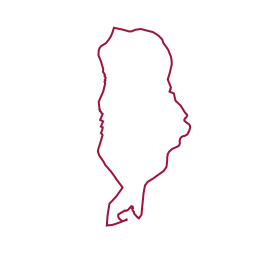 outline of Kotawaringin Timur, Kalimantan Tengah, Indonesia, rotated 23°
{"feature_id": "22746128B94284518008212", "entity_name": "Kotawaringin Timur", "entity_type": "district", "adm_level": 2, "iso_a3": "IDN", "parent_name": "Indonesia", "parent_adm1": "Kalimantan Tengah", "projection": "orthographic", "projection_center": [112.934, -2.23], "detail": "fine", "context": "isolated", "style": "outline", "palette": "rose", "viewbox_px": 256, "rotation_deg": 23, "n_neighbors": 0, "source": "geoboundaries", "source_scale": "gbopen_adm2", "svg_char_len": 4283}
<svg xmlns="http://www.w3.org/2000/svg" viewBox="0 0 256 256"><g transform="rotate(23 128 128)"><path d="M75.9,41.2L76.3,45.3L76.4,46.2L76.4,50.6L75.8,53.5L75.7,54.4L74.5,58.5L71.3,63.1L70.6,65.5L70.8,68.3L72.4,72.6L77.2,77.4L81.3,82.4L82.1,83.4L82.6,84.5L83.0,86.0L84.2,86.8L85.8,87.9L86.1,88.4L86.0,89.3L86.5,89.8L87.3,90.0L87.7,90.3L88.1,92.1L87.9,92.6L88.6,93.1L88.6,93.6L88.2,94.2L88.6,95.0L89.4,95.5L89.6,96.3L90.0,98.4L90.9,103.8L90.9,104.6L90.9,105.6L90.9,107.8L90.8,110.4L90.8,110.5L90.8,112.8L90.8,114.1L90.8,115.3L94.3,121.6L94.4,122.0L94.8,122.0L94.8,122.4L95.5,123.2L95.5,123.4L95.6,123.5L96.3,123.4L97.1,124.0L97.3,124.0L97.6,124.5L99.2,124.9L99.2,131.5L102.5,131.6L102.5,137.3L104.5,137.3L105.1,140.0L105.0,143.2L106.7,143.9L107.4,144.5L107.5,146.2L107.7,147.1L108.1,151.2L108.4,153.5L108.6,155.7L108.8,158.6L109.4,161.2L109.6,161.5L112.2,164.5L114.4,165.9L118.6,168.5L121.4,170.9L124.8,172.5L125.9,173.1L129.0,174.5L133.3,177.1L135.7,178.6L137.9,180.1L138.5,180.4L146.3,184.9L144.1,194.9L143.8,195.9L143.6,196.5L141.6,202.1L141.0,203.6L140.7,204.3L140.5,205.0L142.7,213.9L143.4,216.6L144.6,220.1L146.6,226.0L147.0,225.7L147.5,225.5L147.6,225.4L147.8,225.3L147.9,225.2L148.1,225.1L148.3,225.0L148.6,224.9L148.8,224.8L149.0,224.7L149.5,224.4L150.0,224.2L150.5,223.9L150.8,223.7L151.1,223.5L151.2,223.4L151.6,223.1L151.8,223.0L152.3,222.6L152.9,222.1L153.5,221.6L153.9,221.2L154.1,221.1L154.4,220.8L155.3,220.0L155.8,219.5L155.9,219.4L156.0,219.4L156.1,219.2L156.5,218.8L157.2,218.2L158.0,217.4L158.2,217.2L158.4,217.1L158.5,216.9L159.4,216.1L160.0,215.5L160.5,215.0L161.8,213.9L162.3,213.4L162.5,213.2L162.3,213.1L162.2,213.0L161.9,213.4L162.0,213.4L161.9,213.4L162.0,213.4L162.1,213.2L162.3,213.1L162.3,213.3L162.2,213.3L162.0,213.5L161.9,213.6L161.5,214.0L161.1,214.5L160.4,215.1L160.1,215.4L159.9,215.5L159.7,215.6L159.4,215.7L158.4,215.7L158.2,215.7L157.7,215.6L157.1,215.5L156.8,215.4L156.3,215.2L155.6,214.9L155.3,214.8L155.0,214.6L154.8,214.4L154.4,214.2L153.9,213.6L153.7,213.4L153.4,213.0L153.3,212.8L153.2,212.5L153.1,212.2L153.1,211.5L153.0,211.4L153.2,211.2L153.2,210.9L153.3,210.7L153.5,210.5L153.7,210.2L153.9,209.9L154.4,209.2L154.5,208.8L154.6,208.7L154.8,208.6L155.5,207.8L155.9,207.2L156.4,206.5L156.7,206.2L156.8,206.0L156.8,205.9L156.9,205.6L157.0,205.5L157.1,205.4L157.3,205.3L157.5,205.4L157.8,205.4L158.1,205.2L158.2,204.9L158.3,204.8L158.5,204.9L158.8,204.8L159.2,204.5L159.5,204.1L159.8,203.7L160.1,203.2L160.3,202.7L160.6,201.7L160.7,201.3L160.9,200.6L161.2,199.9L161.3,199.5L161.6,198.7L162.8,198.6L163.0,198.6L163.0,198.8L163.0,199.0L163.3,199.2L163.5,199.4L163.5,199.5L163.6,199.8L163.7,200.0L163.8,200.1L163.7,200.2L163.8,200.2L163.8,200.3L163.8,200.6L163.8,200.9L163.9,201.3L164.0,201.6L164.2,201.8L164.3,201.9L164.4,202.0L164.6,202.1L164.8,202.2L164.9,202.3L165.0,202.3L165.5,202.6L165.8,202.8L166.0,203.0L166.3,203.0L166.5,203.3L166.5,203.5L166.6,203.9L166.8,204.1L167.4,204.5L167.7,204.7L168.3,205.0L168.9,205.2L169.3,205.4L170.3,205.9L170.6,206.1L170.9,206.1L171.0,206.3L171.4,206.4L171.8,206.5L172.0,206.6L172.3,206.6L172.5,206.6L172.7,206.8L173.0,206.8L173.3,206.9L174.3,202.6L171.7,194.4L168.2,183.2L167.8,182.0L167.3,179.5L167.2,179.5L166.4,175.5L166.1,174.1L166.3,173.3L167.1,170.0L168.6,167.8L170.8,164.8L171.5,163.6L177.7,153.5L177.8,152.9L178.6,149.0L178.6,148.8L176.9,142.9L175.7,140.0L175.7,139.9L175.1,137.6L174.9,137.1L174.8,136.7L175.1,133.7L176.5,130.8L177.1,129.7L178.3,128.5L178.6,128.2L179.0,127.7L180.0,126.7L180.4,126.2L181.1,125.5L181.2,125.4L181.9,123.9L181.7,121.8L180.7,120.0L180.2,117.9L180.4,116.0L181.6,114.3L182.6,113.5L183.3,113.1L185.2,110.6L185.3,108.2L185.4,106.1L185.2,104.7L185.0,103.1L184.2,101.7L183.0,101.0L182.5,100.6L179.7,100.2L177.1,99.3L177.0,99.1L176.6,98.3L176.7,97.1L176.7,96.9L177.4,95.7L177.5,95.4L177.5,93.2L177.0,92.6L176.1,92.3L174.7,91.6L173.5,90.9L172.0,89.8L171.3,89.3L167.7,86.8L161.0,84.3L156.7,78.3L152.0,78.3L152.0,76.3L152.0,75.7L151.7,75.6L151.8,74.0L145.6,67.8L144.8,59.8L144.7,59.7L143.8,54.8L143.6,53.6L143.5,52.5L141.6,48.5L141.2,48.0L139.8,45.8L134.3,40.2L127.1,35.7L125.1,33.3L120.4,31.2L116.7,30.4L113.4,30.0L101.1,31.9L99.7,32.7L96.7,34.5L95.4,35.7L93.8,37.5L91.3,38.7L89.9,38.8L84.1,39.6L77.2,41.0L75.9,41.2Z" fill="none" stroke="#9f1239" stroke-width="2"/></g></svg>